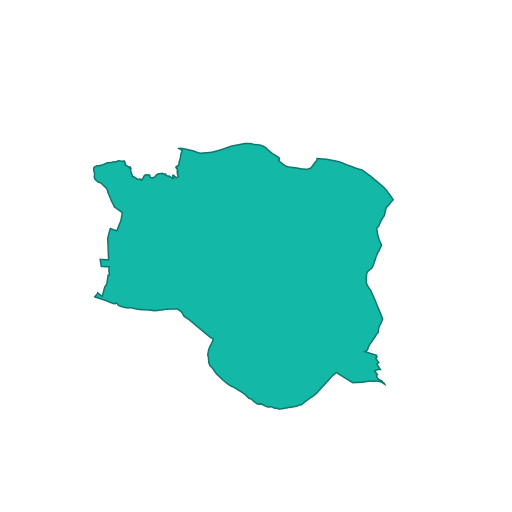 Daia Romana, Alba, Romania (Equal Earth projection), rotated 40°
{"feature_id": "2599482B67835289097180", "entity_name": "Daia Romana", "entity_type": "district", "adm_level": 2, "iso_a3": "ROU", "parent_name": "Romania", "parent_adm1": "Alba", "projection": "equal_earth", "projection_center": [23.647, 46.004], "detail": "fine", "context": "isolated", "style": "filled", "palette": "teal", "viewbox_px": 512, "rotation_deg": 40, "n_neighbors": 0, "source": "geoboundaries", "source_scale": "gbopen_adm2", "svg_char_len": 6052}
<svg xmlns="http://www.w3.org/2000/svg" viewBox="0 0 512 512"><g transform="rotate(40 256 256)"><path d="M353.9,367.5L354.7,366.7L355.2,365.6L355.4,365.6L355.5,366.0L361.4,364.4L363.3,363.2L364.0,362.2L365.0,361.5L367.6,360.8L368.6,360.3L369.8,359.3L371.0,358.7L372.2,358.4L375.4,354.8L376.0,353.9L377.6,352.3L378.4,350.9L379.3,350.2L381.5,347.7L382.6,346.2L383.9,344.8L384.8,342.6L385.7,341.5L386.1,341.3L386.7,339.7L386.8,338.3L387.1,337.3L387.3,335.4L388.0,333.1L388.3,331.7L389.1,328.8L389.7,327.0L390.6,322.5L390.8,318.1L391.6,297.3L392.0,296.9L392.2,293.7L411.5,290.9L417.3,285.6L418.8,284.1L423.8,278.4L425.4,277.3L429.8,273.5L433.2,271.9L436.9,271.5L436.0,271.1L434.1,271.2L432.8,270.8L429.0,271.6L427.4,271.5L425.0,270.0L425.2,268.8L420.9,267.8L421.6,265.9L422.2,264.8L423.1,263.8L423.7,263.5L424.2,263.1L418.0,261.0L418.6,258.7L413.5,257.5L413.6,255.5L412.3,255.2L412.2,254.6L400.8,259.3L401.4,258.0L401.7,256.4L401.6,255.5L401.3,254.9L400.9,254.5L400.5,253.1L400.0,250.7L399.1,240.6L398.7,239.1L398.6,237.4L398.8,235.9L397.9,234.8L397.0,233.5L396.3,232.4L395.4,229.7L395.1,227.8L393.5,222.8L384.7,218.1L381.7,216.6L380.5,216.0L377.5,214.3L373.4,212.2L369.1,210.2L367.1,209.1L365.7,208.5L363.6,208.1L361.1,207.2L358.4,206.1L357.9,205.7L357.4,205.1L355.7,203.0L355.1,202.5L353.8,200.7L352.7,199.2L352.0,198.0L351.7,196.9L351.7,195.1L352.1,192.6L352.5,191.4L352.1,188.5L351.8,187.5L350.3,184.2L350.0,183.0L349.5,181.8L349.0,180.9L348.1,178.3L347.7,177.0L347.3,175.6L346.9,173.2L346.5,172.0L346.1,170.7L345.7,168.5L345.4,167.7L345.3,167.0L339.5,164.2L335.3,161.3L333.3,159.4L330.7,157.3L330.6,156.1L330.9,154.6L329.2,148.6L328.6,145.5L328.5,143.5L327.9,141.6L327.1,140.4L324.6,135.0L325.0,130.9L324.7,128.4L324.9,125.6L325.0,124.8L323.4,124.3L318.5,122.9L316.2,122.5L314.7,122.0L311.7,121.5L308.0,121.2L301.4,121.2L298.8,121.1L297.9,121.3L292.5,121.2L282.0,121.9L278.8,123.4L275.4,124.8L271.9,125.9L266.4,128.0L261.7,129.4L258.9,130.5L255.6,132.2L247.1,137.0L243.3,139.9L240.1,142.0L241.1,143.6L241.2,144.7L241.0,147.5L241.2,147.9L241.5,153.0L240.4,155.4L239.4,156.8L234.8,160.1L230.4,162.5L224.2,166.6L222.2,167.6L220.4,168.0L218.3,168.3L212.4,168.4L212.1,167.6L211.3,166.5L210.4,165.9L209.7,165.9L207.0,166.4L201.7,167.1L193.5,166.8L191.3,167.1L188.0,168.3L184.9,170.3L182.7,172.0L180.2,172.9L175.4,176.7L169.7,183.7L166.6,187.6L164.8,190.5L161.8,195.7L159.9,198.6L158.0,201.4L155.4,205.0L152.6,207.9L149.6,210.7L147.9,212.6L146.0,213.8L143.0,214.9L140.5,215.7L133.1,219.5L130.4,221.0L127.6,223.2L127.6,223.3L128.1,223.1L130.4,222.7L131.7,222.7L131.9,222.9L132.3,223.9L132.6,225.5L135.2,229.9L136.1,231.9L136.7,233.3L138.5,236.2L137.6,238.4L137.9,238.7L138.1,238.7L138.2,239.0L137.7,239.5L138.1,239.6L138.6,239.5L139.0,240.1L139.6,240.0L140.8,240.7L141.6,241.3L141.2,241.9L141.4,242.1L141.8,242.4L142.4,242.4L142.8,242.6L143.0,242.9L142.7,243.2L142.9,243.7L143.5,243.6L143.8,243.9L144.1,244.3L145.2,244.6L145.6,245.1L145.3,245.5L144.9,246.7L144.6,246.8L144.5,247.3L143.0,247.2L142.6,247.3L142.1,247.3L141.2,247.0L140.4,247.8L141.8,249.2L142.7,249.0L143.0,249.3L142.7,249.6L142.6,250.0L142.3,250.3L141.0,250.2L140.6,250.5L139.9,250.3L138.6,250.8L138.2,250.7L137.9,250.6L137.8,251.2L137.4,251.4L135.9,251.8L134.9,251.9L134.3,251.3L133.5,251.7L133.2,252.0L133.3,252.6L132.3,252.6L131.7,252.8L131.0,252.8L130.7,253.8L129.7,254.3L129.5,254.8L128.7,255.5L128.1,256.3L127.7,257.3L127.6,257.6L127.6,260.5L127.5,261.2L126.7,262.5L125.6,263.3L124.0,263.6L123.3,263.0L123.0,262.8L122.8,262.5L122.5,262.4L122.2,262.5L121.8,263.2L121.2,263.2L121.1,263.3L120.9,263.7L119.4,264.5L119.2,264.8L118.8,266.7L119.5,269.1L119.5,269.5L119.4,269.8L119.8,270.5L119.6,270.9L119.6,271.6L118.3,271.7L118.1,271.5L117.6,271.8L117.4,271.8L117.4,272.2L117.2,272.6L116.4,273.1L116.0,273.3L115.7,273.7L114.7,273.4L112.1,273.8L112.1,273.7L111.3,273.8L110.4,274.4L110.0,274.4L109.9,274.5L109.6,274.2L109.2,273.7L108.6,273.3L108.3,273.2L107.9,272.9L106.9,272.5L106.0,271.8L105.1,271.0L104.3,270.4L104.1,270.5L103.7,270.1L103.8,270.0L104.0,269.4L102.4,268.7L101.9,269.0L102.0,269.3L101.9,269.8L100.9,269.6L99.5,269.9L98.3,270.1L97.6,270.5L97.3,270.3L97.1,269.6L96.4,269.2L95.7,269.0L95.7,268.7L94.2,267.8L91.9,270.0L89.5,271.3L88.8,272.5L88.1,274.0L87.8,274.3L86.6,275.2L85.9,276.0L85.2,277.3L82.3,280.0L81.3,281.8L80.5,283.7L79.5,285.5L78.5,286.6L78.6,286.8L78.1,287.4L77.2,288.2L76.0,289.3L75.2,291.2L75.1,292.7L75.6,293.6L77.0,295.0L79.0,296.3L80.7,298.4L81.1,299.1L81.8,299.8L82.7,300.4L83.6,300.7L86.8,300.9L87.8,300.8L88.6,300.5L89.5,300.0L90.0,299.8L92.5,299.9L94.0,300.1L96.6,300.1L98.5,300.5L99.6,300.9L101.7,302.5L103.7,303.4L105.1,304.2L106.8,305.0L109.6,306.6L112.9,308.0L114.0,308.4L115.3,309.2L116.0,309.4L124.5,308.8L125.7,308.6L129.7,315.6L130.3,317.2L130.8,319.1L133.2,326.1L130.2,327.4L126.9,328.5L127.1,329.5L131.1,337.9L135.7,342.8L138.9,346.4L145.6,353.7L138.8,358.7L144.2,363.5L150.4,358.7L153.3,362.5L155.9,364.5L155.0,365.7L157.2,369.3L159.6,373.1L160.1,377.0L161.1,379.2L162.5,382.3L164.1,385.6L163.2,385.8L158.4,386.1L158.9,386.9L158.8,388.1L158.7,390.4L158.6,390.8L159.4,390.9L160.9,390.1L168.6,387.0L172.3,385.7L173.3,385.6L175.7,384.6L176.2,384.6L177.4,384.1L177.8,383.9L177.9,383.7L178.8,383.1L179.0,381.9L180.1,381.7L182.2,382.2L183.0,382.1L183.5,382.0L184.3,381.5L184.8,381.5L187.1,380.5L191.1,378.3L191.5,378.1L192.4,376.8L193.0,376.3L195.1,375.1L196.3,374.6L198.7,373.3L202.0,371.3L202.9,370.7L203.6,370.0L204.6,369.3L205.5,368.7L207.6,366.9L209.2,365.9L211.3,364.5L212.9,363.6L215.3,361.4L217.1,359.2L219.1,357.4L220.2,355.8L224.1,352.0L226.5,350.0L229.0,347.7L230.1,347.0L234.6,346.8L236.7,347.2L238.5,348.0L239.8,348.4L241.4,348.3L245.2,347.8L273.7,347.7L276.3,346.8L277.6,349.3L279.0,355.5L280.2,358.6L282.6,362.8L284.5,364.1L288.6,368.2L291.1,369.6L293.9,369.7L299.6,371.3L302.5,371.8L307.8,372.1L309.7,372.3L315.3,372.2L319.0,372.0L323.7,370.8L326.6,370.3L328.0,370.2L331.9,369.5L336.3,369.1L342.2,369.6L344.3,368.5L347.7,368.8L352.2,368.5L352.8,367.8L353.5,367.1L353.9,367.5Z" fill="#14b8a6" stroke="#0f766e" stroke-width="1.5"/></g></svg>